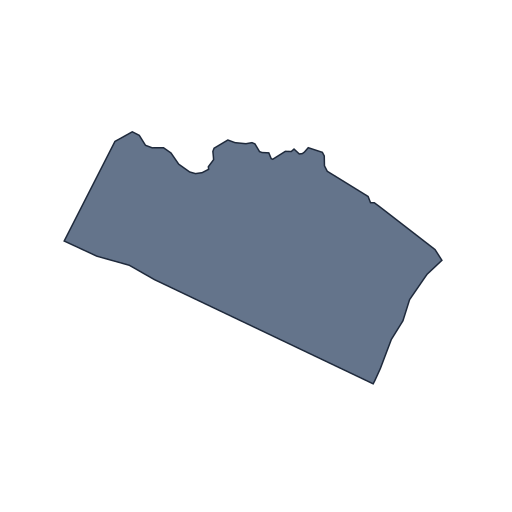 outline of Alaili Dadda, Obock, Djibouti, rotated 61°
{"feature_id": "41766387B98599288227121", "entity_name": "Alaili Dadda", "entity_type": "district", "adm_level": 2, "iso_a3": "DJI", "parent_name": "Djibouti", "parent_adm1": "Obock", "projection": "albers", "projection_center": [42.912, 12.453], "detail": "fine", "context": "isolated", "style": "filled", "palette": "slate", "viewbox_px": 512, "rotation_deg": 61, "n_neighbors": 0, "source": "geoboundaries", "source_scale": "gbopen_adm2", "svg_char_len": 885}
<svg xmlns="http://www.w3.org/2000/svg" viewBox="0 0 512 512"><g transform="rotate(61 256 256)"><path d="M424.6,215.5L422.4,212.2L414.7,201.8L401.2,185.9L394.6,178.1L383.9,158.9L368.6,142.8L357.3,120.1L354.9,115.2L349.9,95.5L337.2,96.3L273.0,123.9L266.8,126.7L264.9,130.0L258.3,129.1L217.7,151.9L216.5,152.6L210.3,152.4L201.6,147.8L197.5,147.7L186.6,157.8L188.6,163.3L188.9,165.9L187.7,168.7L180.9,170.9L181.7,174.5L178.7,179.6L179.5,194.5L178.2,195.5L172.0,194.8L168.4,200.6L166.4,202.3L157.4,202.6L154.9,204.6L152.9,210.4L146.7,219.4L140.9,224.4L141.4,240.4L143.6,243.0L149.1,245.4L151.2,246.4L154.8,254.4L157.2,255.4L157.0,262.7L154.6,269.0L150.3,273.3L138.2,279.1L124.7,280.4L116.5,284.4L111.8,292.9L111.1,294.3L105.6,299.0L93.9,299.6L87.4,304.0L87.4,323.8L149.9,416.5L179.0,395.3L202.7,371.3L227.4,356.3L424.6,215.5Z" fill="#64748b" stroke="#1e293b" stroke-width="1.5"/></g></svg>